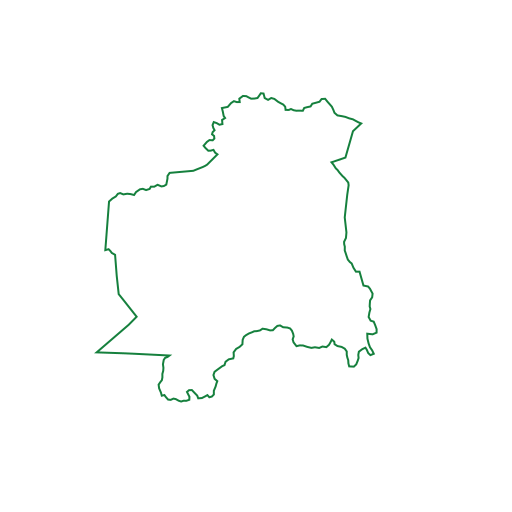 outline of Lagarto, Sergipe, Brazil, rotated 124°
{"feature_id": "56859067B5809148773730", "entity_name": "Lagarto", "entity_type": "district", "adm_level": 2, "iso_a3": "BRA", "parent_name": "Brazil", "parent_adm1": "Sergipe", "projection": "orthographic", "projection_center": [-37.666, -10.882], "detail": "fine", "context": "isolated", "style": "outline", "palette": "green", "viewbox_px": 512, "rotation_deg": 124, "n_neighbors": 0, "source": "geoboundaries", "source_scale": "gbopen_adm2", "svg_char_len": 3699}
<svg xmlns="http://www.w3.org/2000/svg" viewBox="0 0 512 512"><g transform="rotate(124 256 256)"><path d="M364.4,348.5L366.2,342.6L373.1,321.0L384.3,323.1L425.0,334.2L412.4,314.1L409.6,309.6L407.1,305.5L405.2,302.4L386.9,272.1L389.2,272.9L391.3,274.4L393.7,274.4L397.8,272.6L400.5,270.2L403.1,268.7L406.1,267.7L409.0,265.7L411.6,264.6L414.2,264.8L417.1,264.8L419.9,262.3L422.4,258.4L424.5,256.0L422.5,254.2L423.3,252.0L424.2,248.6L423.0,246.3L420.4,244.7L419.5,242.5L419.2,239.1L418.5,236.7L416.5,235.1L415.0,232.8L412.5,230.9L409.9,232.5L408.8,234.5L407.3,237.2L404.7,236.5L403.0,234.2L403.9,230.1L404.6,226.7L406.3,224.3L404.0,221.4L400.9,219.7L398.5,218.5L399.2,215.7L397.2,214.0L394.4,213.5L391.3,215.6L386.8,216.5L383.9,217.5L381.4,218.1L381.0,221.6L378.5,224.7L375.2,225.6L372.6,224.7L369.8,223.7L366.2,222.4L364.1,221.1L360.7,222.1L356.9,220.8L353.6,217.6L351.4,218.4L348.4,220.7L344.1,220.5L340.6,218.8L336.8,217.9L332.9,220.2L329.7,220.8L327.2,220.0L324.1,218.5L321.4,216.6L319.4,215.4L317.9,213.4L315.5,211.1L312.6,209.9L310.9,206.3L309.8,202.7L308.1,200.5L305.0,200.0L302.0,199.2L300.1,197.2L299.9,193.7L297.8,190.0L297.0,187.2L297.8,184.5L299.8,181.6L301.6,179.8L304.6,179.0L306.6,176.6L308.1,172.0L305.7,169.8L303.9,167.0L302.7,162.7L301.2,158.7L298.7,156.1L296.9,152.2L293.9,150.3L292.2,146.7L288.8,145.8L285.9,146.0L282.9,146.4L283.3,143.2L285.2,141.5L285.1,138.1L283.5,134.2L283.2,130.6L284.4,127.4L287.2,125.5L289.2,123.4L290.8,121.3L293.4,119.3L295.4,117.0L293.0,113.0L289.8,112.3L286.0,113.1L283.2,113.9L280.8,115.9L277.8,117.2L273.8,115.8L270.8,114.0L271.8,111.7L273.7,108.7L274.2,105.7L271.2,103.7L269.3,106.9L267.9,110.5L265.5,113.8L262.2,117.4L258.2,120.3L257.0,118.0L255.7,115.5L252.1,113.2L249.2,115.1L246.7,118.5L244.6,121.7L245.5,124.8L243.6,128.5L239.4,130.4L236.0,131.5L234.3,133.5L232.2,134.8L229.0,136.6L225.3,136.6L222.0,138.3L220.7,140.8L219.4,143.2L218.6,146.0L220.4,150.4L211.1,161.4L213.1,164.4L211.2,168.7L208.7,172.5L208.5,174.9L207.6,177.9L205.5,180.7L203.6,183.1L201.8,185.5L198.6,187.6L196.9,189.5L195.0,190.9L190.8,191.5L188.6,192.7L185.9,194.2L174.4,204.0L154.2,214.6L145.5,218.8L143.5,220.6L142.6,223.5L141.7,226.5L141.4,228.8L140.2,233.5L139.1,236.5L138.7,238.9L137.0,242.8L136.1,245.8L124.4,236.9L108.1,242.2L98.3,245.4L87.3,242.9L87.9,245.8L88.2,248.7L88.5,252.1L89.8,255.8L90.7,259.7L92.0,262.9L93.9,267.1L93.4,271.0L91.6,273.6L89.8,276.6L89.0,279.6L88.1,283.1L87.0,286.6L89.2,289.4L92.6,289.6L95.4,292.0L98.3,294.5L101.5,294.4L104.2,297.0L106.3,298.8L109.4,298.4L111.3,301.4L113.0,303.8L114.1,306.3L114.6,309.2L116.6,310.5L118.3,313.2L115.9,315.3L115.2,318.1L115.5,320.5L115.8,323.9L115.5,328.6L116.5,331.7L119.8,333.3L120.2,337.1L117.1,340.6L118.4,343.0L121.2,343.0L124.2,343.1L126.4,345.4L128.3,348.0L128.7,351.0L128.9,353.4L130.6,356.3L134.9,357.8L137.5,355.6L139.1,357.9L140.0,360.9L143.2,362.2L148.2,362.8L150.4,365.0L152.4,367.0L155.0,364.1L158.0,361.1L158.9,358.8L162.2,360.2L165.4,357.6L167.6,359.7L167.8,362.9L168.6,365.9L171.8,365.2L173.7,363.0L174.9,360.7L177.5,361.2L179.7,360.5L179.9,357.9L181.9,356.2L184.3,356.6L185.9,359.4L188.9,360.5L191.5,360.8L193.9,361.1L194.7,358.4L195.4,354.4L194.0,352.5L191.8,350.6L193.2,347.7L193.3,344.8L207.6,347.6L209.8,348.6L212.0,349.9L217.1,353.4L220.4,355.6L235.4,374.1L239.2,374.1L241.3,372.7L243.6,371.7L247.0,370.3L249.5,371.5L251.2,373.3L252.0,377.4L255.4,379.1L257.3,381.9L259.9,381.7L262.8,384.0L263.6,387.4L265.6,389.5L267.7,390.3L270.0,391.2L273.6,391.2L274.8,394.6L276.4,397.6L279.1,400.4L279.8,403.8L281.7,405.3L285.0,405.5L288.7,407.2L293.0,408.3L335.4,384.2L332.8,382.0L333.3,379.5L334.1,377.3L333.8,373.5L350.3,360.4L364.4,348.5Z" fill="none" stroke="#15803d" stroke-width="2"/></g></svg>